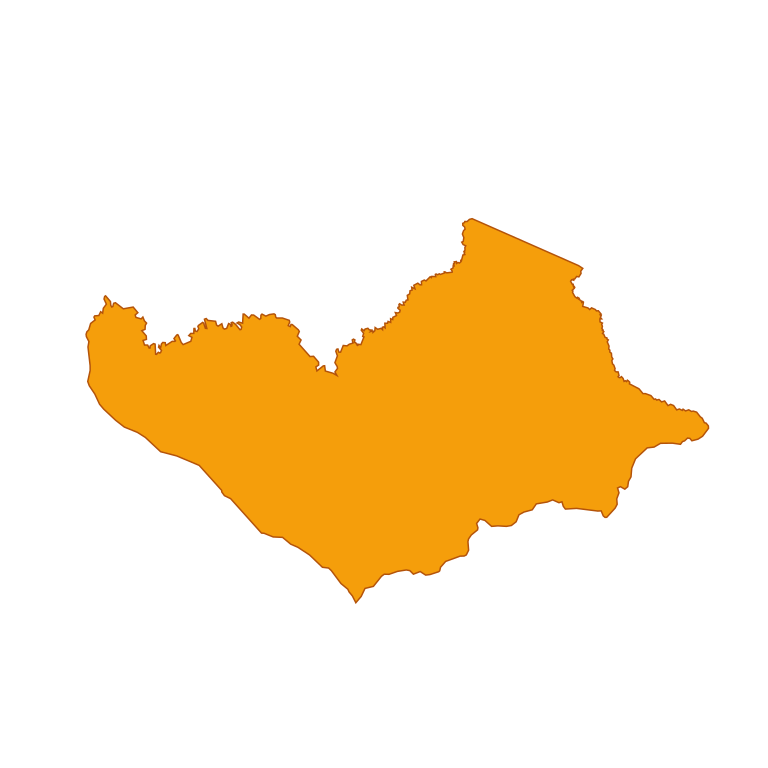 Memot, Kâmpóng Cham, Cambodia, rotated 318°
{"feature_id": "14789045B36806562781005", "entity_name": "Memot", "entity_type": "district", "adm_level": 2, "iso_a3": "KHM", "parent_name": "Cambodia", "parent_adm1": "Kâmpóng Cham", "projection": "natural_earth1", "projection_center": [106.235, 11.913], "detail": "fine", "context": "isolated", "style": "filled", "palette": "amber", "viewbox_px": 768, "rotation_deg": 318, "n_neighbors": 0, "source": "geoboundaries", "source_scale": "gbopen_adm2", "svg_char_len": 6171}
<svg xmlns="http://www.w3.org/2000/svg" viewBox="0 0 768 768"><g transform="rotate(318 384 384)"><path d="M212.2,143.1L206.5,142.7L200.8,146.2L198.1,146.4L195.9,147.7L194.5,149.7L193.1,155.0L188.8,158.4L177.9,173.7L174.7,177.3L165.5,183.9L163.8,188.1L162.4,197.9L159.1,208.7L158.9,215.1L160.3,231.4L162.2,242.2L168.4,255.0L170.9,264.0L172.7,284.9L181.8,298.7L192.2,320.8L192.2,354.4L191.2,355.7L190.7,360.2L193.3,366.6L193.2,412.8L195.0,414.7L199.3,423.5L206.0,430.1L207.5,440.6L210.7,447.6L214.3,461.3L215.6,479.0L219.7,483.7L220.0,487.5L218.5,503.5L219.8,512.3L218.9,515.2L218.7,520.3L216.7,527.7L224.9,526.6L233.1,523.2L240.7,527.3L253.4,525.2L256.9,525.5L260.4,528.8L268.7,532.3L276.1,537.1L278.3,539.9L278.6,545.0L285.4,547.6L287.1,553.9L290.7,556.4L299.0,560.1L300.4,560.1L303.4,558.0L311.1,557.1L325.3,562.8L328.5,565.5L330.8,566.1L335.7,564.1L340.9,557.3L343.2,555.7L347.9,554.6L355.9,555.0L357.6,553.7L359.5,549.6L365.0,548.6L367.7,552.9L368.7,561.8L373.8,565.7L379.7,571.7L384.0,574.4L390.0,574.8L396.8,571.5L402.3,572.8L410.0,576.7L417.0,575.0L426.4,581.0L431.8,583.0L434.6,589.3L437.4,590.6L435.4,594.9L435.1,598.3L443.9,605.3L457.9,621.5L460.5,623.6L458.7,628.7L459.0,631.0L460.3,632.1L472.7,630.9L476.8,629.4L480.1,625.1L485.8,622.1L488.0,617.5L491.0,618.5L492.6,623.3L496.4,623.4L500.6,619.9L505.4,618.3L511.8,612.3L520.9,607.9L536.9,607.6L542.5,611.6L549.8,613.1L558.7,620.9L564.0,627.2L567.3,626.5L569.3,627.4L573.4,627.3L574.9,629.0L574.8,632.2L580.4,635.1L585.8,636.0L595.5,634.1L597.0,632.2L597.2,628.6L596.2,627.1L597.6,622.4L597.1,620.0L597.5,614.1L595.7,611.1L594.1,610.1L593.2,607.1L590.1,605.8L589.4,602.8L588.0,603.2L586.8,600.2L584.2,599.1L584.8,593.8L583.4,590.9L580.6,590.1L581.2,584.4L578.3,583.0L578.0,579.5L575.9,578.4L575.8,576.8L574.5,576.2L574.6,571.2L571.8,566.0L570.0,564.4L570.3,558.3L566.5,548.1L567.8,547.1L567.7,545.1L567.4,544.0L565.9,544.5L565.5,543.0L564.2,542.7L565.4,539.8L565.4,537.4L563.5,537.2L562.7,535.9L562.9,535.1L564.3,535.0L566.1,531.7L564.6,530.3L564.4,528.2L566.0,527.2L567.4,523.8L567.3,521.9L569.0,519.0L570.9,518.5L571.3,516.3L573.6,513.3L573.2,511.3L574.5,510.0L574.4,508.4L576.6,506.4L578.1,502.0L580.2,501.3L579.8,499.9L580.5,498.9L579.5,497.3L580.6,494.1L580.2,492.7L582.4,492.2L582.2,490.3L582.9,490.4L583.1,488.5L584.9,487.3L585.7,485.3L587.1,484.9L586.1,482.4L587.9,480.1L589.3,481.2L589.3,479.4L591.2,478.5L590.9,477.2L592.1,477.4L592.3,473.0L590.8,471.8L590.9,470.1L589.2,466.3L586.7,466.3L586.5,464.0L583.6,459.3L587.0,456.6L586.9,455.6L585.6,455.7L586.2,454.0L585.5,451.4L586.4,451.0L585.9,449.2L584.9,449.6L584.3,446.9L585.4,442.1L586.6,441.3L586.6,440.3L589.5,440.2L589.9,438.8L590.5,439.3L590.7,436.4L591.7,437.0L590.7,435.7L591.4,432.5L593.3,432.1L594.4,433.7L594.9,432.8L595.9,433.6L599.1,433.0L600.5,434.8L604.4,433.7L605.7,431.8L609.1,431.1L607.8,426.2L560.1,320.1L557.6,318.8L554.5,318.9L552.8,317.3L551.8,317.9L550.0,317.3L548.7,318.9L549.0,321.2L547.8,323.2L545.7,323.3L542.6,325.0L541.3,328.6L538.2,331.1L536.7,330.6L536.1,333.3L537.2,336.0L535.4,336.7L533.8,338.7L532.1,339.0L532.3,340.0L531.2,340.2L530.7,341.9L529.0,340.9L524.0,344.2L523.7,343.6L522.9,344.6L521.0,344.6L520.3,343.2L518.7,343.0L519.7,341.4L517.9,340.2L517.0,341.6L516.2,341.2L515.2,343.0L514.8,342.2L512.9,344.0L510.5,343.5L510.2,345.8L509.4,346.5L504.9,343.3L504.3,341.4L503.8,341.0L503.3,342.0L499.2,340.3L498.8,339.1L497.0,338.7L496.3,337.1L495.5,336.9L494.3,338.8L491.5,336.0L490.4,336.6L490.1,335.2L484.2,335.5L483.5,333.7L480.4,332.8L478.3,335.4L477.1,334.4L476.6,331.7L472.2,330.6L470.7,334.0L469.3,330.6L467.7,333.0L465.8,332.1L463.4,334.2L460.6,333.7L458.1,337.5L456.6,336.6L454.6,337.5L453.0,336.0L451.8,338.8L449.9,337.1L449.3,334.8L448.3,334.9L447.0,336.8L445.6,336.4L445.0,337.1L445.4,340.0L443.7,341.1L441.7,340.4L440.2,338.5L439.1,341.5L435.2,340.4L433.6,341.9L432.6,339.9L430.2,342.7L428.9,340.2L427.3,341.2L425.3,339.4L422.4,343.0L422.1,341.4L420.9,340.8L419.3,342.6L419.2,340.7L415.9,339.1L415.2,336.1L412.8,338.3L410.3,338.3L411.1,337.1L409.0,336.0L410.9,335.7L409.3,333.9L409.3,331.8L406.7,330.5L404.9,331.1L404.3,328.2L403.1,328.8L402.8,332.7L400.0,334.4L400.6,335.6L393.2,339.3L391.0,336.7L390.9,337.7L390.0,337.5L390.6,334.5L389.9,333.3L391.9,331.7L391.3,330.2L389.9,330.0L388.3,332.8L384.8,331.2L382.0,330.9L379.5,328.1L373.0,331.3L371.8,330.2L373.2,327.1L372.0,326.5L370.1,327.4L368.2,331.9L361.8,335.3L360.9,339.7L359.9,341.3L355.6,342.2L354.7,346.1L353.3,341.9L349.1,335.1L352.1,330.7L351.0,329.9L342.9,329.4L344.8,325.7L348.1,326.2L350.0,324.0L350.2,316.3L347.4,314.1L347.5,297.6L351.8,295.8L351.5,290.5L356.2,288.3L356.6,286.4L355.6,278.5L354.8,277.5L352.7,278.6L351.9,276.5L355.4,274.9L356.2,273.3L352.6,266.9L348.4,263.2L348.3,261.9L349.6,259.7L349.2,258.3L345.3,255.7L341.6,254.5L340.1,250.4L338.6,250.5L336.3,252.8L334.8,252.7L333.3,245.6L331.7,244.0L327.7,244.7L326.9,238.5L326.1,237.8L319.6,244.2L317.5,240.7L315.6,240.3L316.6,243.5L316.4,246.4L314.3,247.8L313.3,247.3L313.6,240.5L312.9,236.8L311.6,236.2L310.8,238.3L309.5,239.1L308.8,238.8L309.8,237.0L309.0,235.1L304.3,237.4L302.1,236.4L301.9,234.5L303.8,230.7L299.4,230.0L299.0,228.2L300.8,224.7L295.7,218.9L295.7,216.4L294.8,216.0L293.9,215.7L289.5,224.2L288.5,223.1L290.7,218.1L290.5,216.9L285.3,216.3L284.2,216.7L283.3,219.0L280.2,219.9L279.2,218.4L280.6,216.2L279.9,215.6L276.5,219.1L274.2,217.1L271.3,217.4L272.5,220.8L269.0,223.0L261.1,220.3L261.1,217.5L263.7,210.1L263.7,209.3L262.7,208.9L258.3,209.7L257.9,212.4L257.1,212.4L255.2,210.6L247.6,209.4L249.1,206.9L247.4,205.1L245.4,205.3L242.2,207.6L242.6,204.8L241.1,205.8L241.1,210.2L239.1,211.1L238.1,211.0L237.5,209.4L234.8,209.8L234.2,209.1L240.6,201.2L239.8,199.8L235.8,199.2L234.3,200.7L233.5,200.2L234.4,196.9L232.1,194.8L234.1,190.4L237.3,191.9L239.5,189.2L239.7,182.3L243.0,183.5L245.8,180.7L248.3,179.9L248.2,176.8L249.6,172.9L247.1,173.1L244.2,168.5L245.3,166.2L248.8,166.3L249.1,159.0L240.6,153.7L238.8,143.9L237.1,143.1L234.3,145.0L233.2,144.6L233.6,142.7L235.9,139.7L236.1,132.2L235.0,132.0L232.8,133.5L231.1,138.9L226.1,139.9L222.3,143.1L221.8,140.7L217.9,142.3L214.6,139.8L213.2,140.2L212.2,143.1Z" fill="#f59e0b" stroke="#b45309" stroke-width="1.5"/></g></svg>